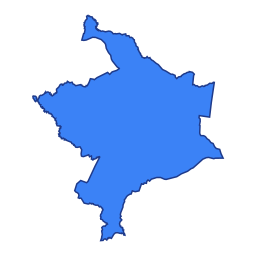 outline of Mueang Kamphaeng Phet, Kamphaeng Phet, Thailand
{"feature_id": "78962969B14076406619672", "entity_name": "Mueang Kamphaeng Phet", "entity_type": "district", "adm_level": 2, "iso_a3": "THA", "parent_name": "Thailand", "parent_adm1": "Kamphaeng Phet", "projection": "natural_earth1", "projection_center": [99.433, 16.42], "detail": "fine", "context": "isolated", "style": "filled", "palette": "blue", "viewbox_px": 256, "rotation_deg": 0, "n_neighbors": 0, "source": "geoboundaries", "source_scale": "gbopen_adm2", "svg_char_len": 5649}
<svg xmlns="http://www.w3.org/2000/svg" viewBox="0 0 256 256"><path d="M223.1,158.1L221.0,153.6L219.7,149.4L216.3,148.5L214.6,146.7L213.1,143.5L210.9,142.6L209.0,140.0L207.1,138.8L205.4,136.6L203.7,135.7L200.8,135.6L200.2,134.7L199.7,133.2L200.0,125.6L199.5,125.2L200.2,121.4L200.1,118.9L199.0,117.8L199.3,115.6L209.6,117.1L211.3,102.6L214.3,82.4L213.3,82.3L212.3,83.4L209.7,83.3L207.4,85.0L205.0,85.5L204.8,86.2L203.8,86.5L202.7,85.9L201.3,86.2L200.6,86.8L198.9,87.0L197.1,85.7L195.7,85.9L194.0,84.5L192.7,84.7L193.6,75.6L194.3,74.2L192.5,72.3L189.4,71.6L189.4,72.0L187.0,72.5L185.7,73.4L184.1,73.8L181.4,75.7L181.1,76.5L178.5,76.9L176.8,78.6L175.4,77.2L175.1,75.4L172.6,74.2L170.9,74.2L165.9,71.1L162.5,69.5L158.3,64.6L156.1,63.3L152.9,60.6L151.9,60.2L150.2,58.5L149.9,57.6L148.8,58.0L148.0,57.7L147.1,56.6L146.0,57.9L144.7,57.8L144.4,58.2L141.8,56.9L141.8,56.0L140.6,54.7L140.7,54.1L140.2,53.7L140.3,53.3L139.0,51.6L139.0,51.1L138.3,50.1L138.4,49.8L137.9,49.4L138.2,48.9L137.9,47.3L136.1,45.9L135.7,43.5L134.7,42.5L134.4,41.5L134.3,39.8L133.5,39.4L132.8,38.2L131.4,37.3L129.9,37.5L128.9,35.7L126.2,35.8L125.7,33.9L122.6,34.5L122.2,34.9L119.6,33.4L116.0,33.9L115.6,33.6L113.2,33.8L112.2,32.5L110.6,31.4L108.7,31.1L105.5,31.8L102.5,31.0L101.0,31.4L100.2,30.6L99.9,30.7L98.7,29.9L98.4,30.6L97.8,30.3L97.4,29.9L97.7,29.4L97.2,28.9L96.6,29.3L96.1,28.7L96.5,28.5L96.3,28.0L95.7,27.3L95.7,26.5L96.6,26.6L97.0,25.9L97.1,24.8L97.9,24.2L97.7,22.9L97.0,22.8L96.8,23.3L96.1,22.1L95.9,20.5L95.5,20.1L94.9,20.6L94.4,20.2L94.9,19.9L94.7,19.4L92.6,18.6L92.7,17.8L92.1,16.9L90.0,16.7L89.6,16.0L88.5,16.1L88.0,15.4L86.6,16.3L87.1,18.8L85.4,20.5L84.8,22.3L84.2,22.6L84.5,23.5L84.0,24.5L84.0,25.3L84.9,26.6L84.4,26.8L84.8,27.6L84.4,28.6L84.9,28.8L85.1,29.5L84.3,33.4L83.6,33.6L81.8,40.1L83.8,40.4L86.3,40.0L92.5,37.3L95.6,37.4L101.3,39.6L104.6,42.8L105.6,44.4L106.3,48.4L108.5,52.6L110.7,55.3L111.4,59.1L112.4,61.0L117.1,66.9L119.3,68.4L119.2,68.7L116.7,70.4L112.1,71.9L109.7,74.4L107.6,72.4L97.1,77.6L94.3,79.7L93.4,79.2L90.4,78.7L89.1,82.3L87.3,85.7L86.2,85.5L85.7,86.7L84.1,86.7L82.3,86.0L81.8,85.1L81.1,85.1L80.8,84.6L75.7,85.7L74.3,84.5L73.0,84.0L72.1,82.2L69.8,82.8L67.4,81.3L66.7,82.9L64.6,83.2L62.9,85.2L62.5,85.2L62.7,84.6L62.3,84.2L61.2,84.1L60.2,84.6L58.9,86.9L56.5,89.2L56.6,91.3L56.9,91.9L56.5,93.0L55.4,92.9L55.1,93.8L53.9,94.0L53.8,94.8L52.2,95.9L51.5,95.4L51.4,94.5L51.0,94.8L50.8,94.2L49.8,94.0L50.0,92.8L49.5,93.0L48.6,92.2L47.6,92.0L46.4,92.2L45.7,93.1L45.1,93.0L45.1,92.5L44.2,93.9L41.8,95.4L40.6,95.3L39.5,96.1L39.2,96.6L39.3,97.7L38.4,98.2L38.4,99.0L37.8,99.7L36.4,98.8L36.5,97.3L35.6,96.3L33.2,96.0L32.9,96.3L33.2,98.4L33.8,98.9L34.9,101.0L35.7,101.6L36.4,100.6L37.2,100.9L37.9,100.7L37.9,101.4L38.7,102.8L39.0,102.7L39.2,103.8L39.8,104.5L40.7,104.7L40.4,105.1L40.8,106.8L41.3,107.1L42.3,106.8L42.4,107.4L42.8,107.4L42.9,107.8L42.3,108.0L42.3,108.3L43.7,108.4L44.5,109.1L44.5,110.0L44.2,110.0L43.8,111.0L44.4,111.2L44.8,112.0L46.0,111.4L46.5,111.4L46.6,112.0L46.9,111.5L47.8,112.1L48.1,111.9L48.3,112.7L48.7,112.7L49.2,113.6L50.7,113.5L51.1,114.3L51.5,114.2L52.3,115.3L52.1,116.1L52.5,116.0L53.1,116.6L53.3,117.3L54.7,118.1L55.1,119.7L55.4,119.4L55.2,120.3L56.3,121.0L56.3,122.3L56.8,123.3L56.3,123.5L57.1,125.7L59.6,126.1L60.0,125.8L60.9,126.6L60.4,127.2L60.7,127.7L60.2,127.9L60.4,128.3L59.4,128.9L59.7,129.8L58.8,131.2L59.8,132.5L59.6,132.8L59.9,133.3L59.1,133.7L59.3,134.3L58.7,134.3L59.1,135.5L59.6,135.5L59.1,136.3L61.0,137.2L61.1,137.8L61.6,137.9L61.6,138.6L62.2,138.4L62.8,138.8L63.5,138.2L64.4,138.9L64.4,139.6L65.0,139.2L65.2,140.0L66.4,139.9L66.6,140.4L71.4,142.3L71.8,143.5L74.1,144.6L73.8,145.3L74.8,145.7L75.6,147.1L77.2,147.4L80.0,146.8L81.7,149.7L81.1,153.8L81.4,155.9L82.0,156.4L83.6,156.6L88.7,154.8L89.5,156.8L91.4,156.0L91.7,158.7L91.4,159.0L92.9,160.0L93.8,158.9L94.1,159.2L96.1,158.5L96.4,157.6L96.9,157.9L97.2,157.3L98.1,157.3L98.3,156.8L98.9,157.0L99.5,156.7L99.7,157.1L95.0,166.3L88.0,181.4L86.6,182.7L80.7,180.5L76.8,183.9L74.7,190.7L76.2,192.3L77.1,192.5L78.5,193.7L78.9,195.6L78.2,197.8L79.7,198.4L80.6,198.1L81.2,198.3L84.1,203.1L88.1,204.0L88.9,203.9L89.8,203.1L90.2,203.5L91.3,203.5L91.5,203.9L92.2,203.5L93.3,203.7L93.3,204.3L95.8,205.2L98.0,205.2L99.4,206.9L100.6,206.4L101.7,207.9L102.5,208.3L102.4,208.9L103.0,209.8L101.8,212.0L101.7,213.2L100.7,214.4L100.4,216.2L101.0,217.0L100.6,218.4L100.8,219.2L102.0,219.5L102.7,220.1L103.2,221.1L105.0,222.2L105.3,222.8L106.6,223.0L106.8,223.5L107.0,223.3L107.5,224.1L105.8,225.2L105.1,226.3L104.1,226.0L103.1,226.3L101.8,227.5L102.5,229.8L101.7,230.9L102.3,234.5L101.6,237.3L101.8,238.1L101.3,238.8L100.7,240.6L103.1,240.4L103.7,239.4L105.1,238.8L106.8,240.0L107.7,238.3L108.1,238.6L108.9,237.6L109.5,238.0L110.0,237.5L110.4,238.0L111.4,238.4L113.9,234.2L115.5,232.8L117.7,232.7L120.3,233.4L121.4,233.1L121.7,233.6L122.9,233.2L123.5,233.7L123.7,234.9L124.9,235.2L124.8,234.7L124.5,234.8L124.6,234.1L124.1,233.8L124.3,233.4L123.5,232.4L123.5,230.9L123.1,230.6L123.6,230.0L122.8,229.6L122.8,228.1L122.5,227.6L122.2,227.9L121.1,227.2L120.8,226.3L120.5,226.5L120.1,226.1L119.5,223.8L120.0,222.0L121.8,219.9L120.2,218.0L120.4,216.9L121.1,216.3L120.3,214.9L120.7,212.8L122.9,207.2L123.1,204.9L124.1,202.4L124.6,201.8L124.4,199.7L125.4,198.7L126.5,196.7L127.7,195.5L129.9,194.2L131.2,194.0L132.3,190.9L135.2,191.7L139.0,190.9L141.5,183.8L142.9,184.3L143.6,184.2L144.2,183.0L146.4,183.3L146.8,181.3L148.0,180.0L149.6,181.1L151.3,179.2L156.7,177.5L160.6,177.5L164.5,179.2L166.2,179.4L176.8,176.7L181.4,173.8L187.7,171.2L190.9,168.8L193.2,167.8L202.8,159.2L206.2,157.7L208.6,157.4L213.8,158.7L215.3,158.2L223.1,158.1Z" fill="#3b82f6" stroke="#1e3a8a" stroke-width="1.5"/></svg>